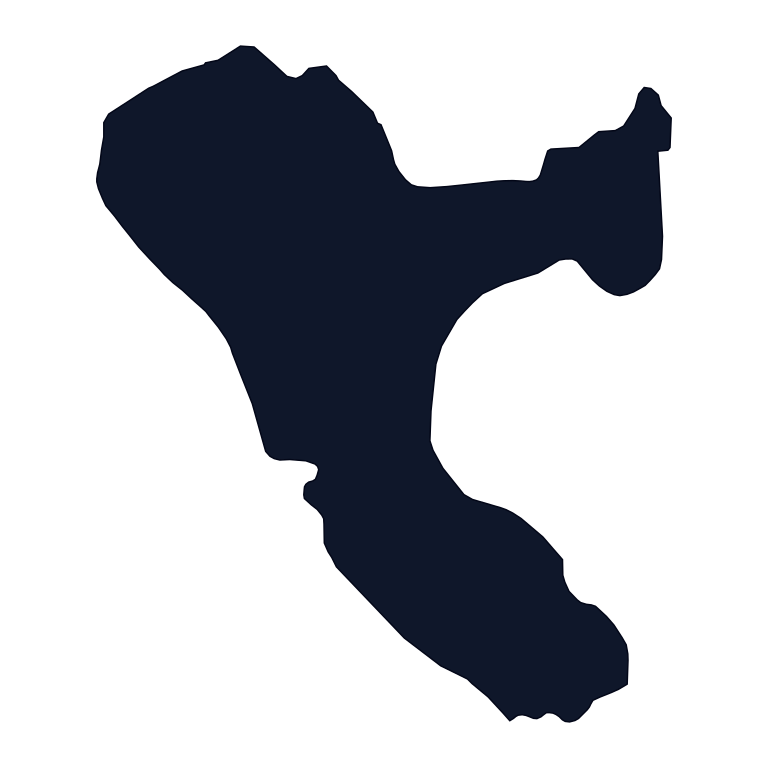 San Pedro Sacatepéquez, San Marcos, Guatemala
{"feature_id": "79465075B62908040243136", "entity_name": "San Pedro Sacatepéquez", "entity_type": "district", "adm_level": 2, "iso_a3": "GTM", "parent_name": "Guatemala", "parent_adm1": "San Marcos", "projection": "albers", "projection_center": [-91.752, 14.957], "detail": "fine", "context": "isolated", "style": "filled", "palette": "ink", "viewbox_px": 768, "rotation_deg": 0, "n_neighbors": 0, "source": "geoboundaries", "source_scale": "gbopen_adm2", "svg_char_len": 2649}
<svg xmlns="http://www.w3.org/2000/svg" viewBox="0 0 768 768"><path d="M627.2,684.1L628.0,660.3L627.8,653.9L626.2,644.8L622.2,637.8L613.9,625.0L606.5,616.5L595.5,606.3L591.3,604.9L586.3,604.3L580.7,602.6L577.3,600.0L569.0,591.4L564.8,582.1L562.8,575.2L562.5,559.6L553.1,548.8L542.9,537.0L521.1,518.5L512.8,513.1L506.1,509.7L500.8,507.8L472.5,499.5L463.9,494.6L442.9,468.3L433.0,450.3L429.9,440.8L431.0,410.9L435.9,364.1L441.5,346.0L456.9,319.5L464.6,311.0L472.4,302.9L482.4,293.7L504.4,283.4L537.9,273.0L559.2,260.0L565.6,259.0L572.2,258.9L577.2,261.1L592.5,279.7L599.4,286.0L606.9,291.3L614.2,294.6L619.8,295.6L627.0,294.3L633.5,291.9L640.6,288.0L645.1,285.4L650.1,280.3L655.2,274.6L659.5,268.8L661.5,259.5L662.5,236.3L657.8,151.2L667.9,150.2L670.0,147.5L671.2,118.0L661.1,105.6L658.3,95.1L650.9,88.5L644.2,87.5L638.8,93.9L635.0,108.4L623.7,126.0L615.3,130.6L598.7,131.7L594.7,134.7L579.0,147.5L550.9,149.1L547.7,151.0L545.0,159.3L543.5,164.6L541.5,171.2L540.3,175.1L538.5,178.0L536.5,179.9L532.7,181.2L529.3,181.6L526.1,181.5L520.7,181.0L512.7,180.6L503.7,180.8L496.8,181.2L488.9,182.1L477.8,183.3L462.3,185.0L446.9,186.6L430.2,187.7L417.5,186.8L411.3,184.8L405.4,179.7L398.9,171.5L394.8,164.2L393.5,159.7L391.6,150.8L389.3,145.1L381.0,124.7L377.5,123.2L372.9,112.1L351.5,91.4L338.5,80.2L336.0,75.6L326.5,66.0L308.9,68.4L302.3,75.6L296.0,78.6L286.9,76.4L274.3,64.7L254.1,47.0L240.4,46.1L218.0,60.3L205.6,62.8L204.1,64.9L182.1,71.0L153.0,86.4L148.7,88.2L108.7,114.1L103.8,122.6L103.8,136.9L101.5,150.0L100.9,155.2L100.3,160.2L99.8,164.1L98.9,167.7L97.6,172.6L96.8,178.8L96.8,181.9L98.5,188.7L102.5,198.4L105.9,205.7L114.4,215.9L122.6,226.7L128.9,234.5L138.8,247.1L149.8,259.0L159.5,269.0L164.3,274.5L172.9,282.6L182.6,290.3L191.5,298.6L201.3,307.3L205.9,311.5L209.1,315.7L218.3,327.1L226.3,338.8L230.7,347.3L232.4,353.1L240.3,373.5L252.3,403.7L265.7,451.4L270.0,456.3L274.2,458.6L279.8,460.0L289.7,459.5L305.9,460.8L315.0,464.0L317.6,466.4L318.7,469.6L317.1,475.3L315.4,479.3L312.7,481.0L308.7,482.1L305.9,484.3L304.5,486.8L304.2,489.7L303.8,494.8L304.4,498.5L311.4,504.9L317.2,509.4L321.8,515.1L323.7,518.7L324.0,524.0L324.3,543.0L328.2,551.9L331.8,557.5L336.4,566.8L404.4,638.1L440.7,665.8L467.5,679.0L472.1,683.6L488.0,696.8L503.0,713.0L509.8,720.7L513.5,718.4L515.9,716.4L518.1,715.2L522.2,714.7L526.0,715.4L529.2,716.6L533.4,718.3L536.9,718.6L541.0,716.8L543.2,715.0L546.3,712.7L549.2,712.6L553.0,713.1L556.1,714.5L559.3,716.7L562.4,719.8L565.2,721.4L569.6,721.9L575.0,720.5L578.5,718.5L587.3,709.7L589.4,706.9L590.6,704.3L592.9,700.3L600.1,697.0L611.6,692.4L618.7,689.2L627.2,684.1Z" fill="#0f172a" stroke="#020617" stroke-width="1.5"/></svg>